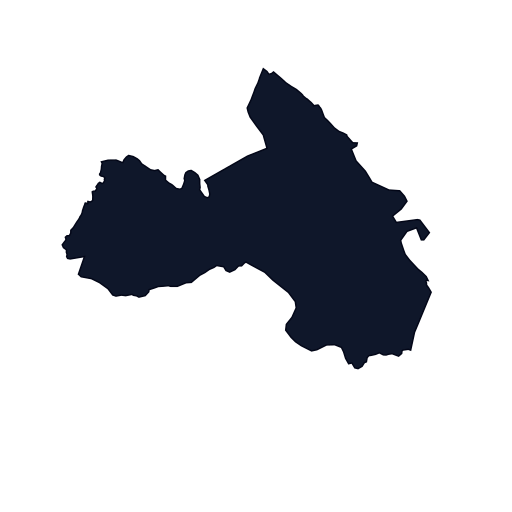 Rijau, Niger, Nigeria, rotated 325°
{"feature_id": "59680162B75618838886778", "entity_name": "Rijau", "entity_type": "district", "adm_level": 2, "iso_a3": "NGA", "parent_name": "Nigeria", "parent_adm1": "Niger", "projection": "robinson", "projection_center": [5.043, 11.05], "detail": "fine", "context": "isolated", "style": "filled", "palette": "ink", "viewbox_px": 512, "rotation_deg": 325, "n_neighbors": 0, "source": "geoboundaries", "source_scale": "gbopen_adm2", "svg_char_len": 4465}
<svg xmlns="http://www.w3.org/2000/svg" viewBox="0 0 512 512"><g transform="rotate(325 256 256)"><path d="M369.4,106.8L360.9,112.3L360.7,112.6L356.8,115.4L351.5,118.3L348.1,120.8L344.8,123.0L341.8,125.1L338.3,127.1L333.7,129.7L332.2,133.5L330.9,138.9L331.0,149.9L331.4,161.1L330.5,163.5L326.8,174.1L306.3,169.3L257.4,164.7L257.4,165.3L257.4,167.4L257.4,169.0L257.4,169.8L257.2,170.3L256.4,171.7L256.4,171.9L255.4,174.9L253.7,178.8L251.6,180.7L249.5,180.4L247.8,177.6L247.8,173.7L247.8,169.7L247.8,169.4L249.5,167.8L251.2,164.7L253.4,161.5L253.7,161.2L254.7,156.5L253.7,152.6L252.0,148.8L251.9,148.7L249.2,147.5L246.4,147.5L244.4,148.7L241.6,151.4L241.5,151.8L240.9,153.4L237.9,155.7L234.1,158.1L232.0,157.7L229.3,154.9L228.3,150.4L227.9,149.1L226.5,146.3L225.4,142.1L225.4,141.9L227.4,139.1L227.7,138.7L227.2,137.8L226.8,137.0L225.7,132.0L225.2,129.2L221.9,127.9L219.0,124.8L217.2,120.1L215.2,115.0L215.2,112.6L215.2,111.1L214.6,108.9L214.5,108.4L212.7,104.7L212.4,104.1L209.3,100.6L206.6,100.6L203.1,101.5L200.6,103.1L199.5,102.0L197.7,99.1L196.4,97.2L189.8,92.7L183.4,90.2L183.3,90.7L183.3,90.9L183.2,91.7L183.0,92.0L182.4,92.6L180.9,94.0L179.1,96.2L176.3,98.7L175.0,99.1L174.5,99.8L174.7,100.9L175.1,101.8L175.8,102.4L176.3,103.0L176.6,103.5L176.7,103.8L177.0,104.7L177.0,105.4L176.7,105.6L176.1,105.9L175.5,106.6L175.4,107.0L175.2,107.6L174.0,108.0L173.2,108.5L172.0,108.5L171.8,108.4L171.3,108.2L171.0,107.3L170.6,106.5L170.2,106.0L169.2,106.1L168.4,106.1L167.2,106.7L166.1,107.0L165.4,107.3L164.7,107.5L164.4,108.1L164.6,109.2L164.3,109.5L163.7,109.9L162.8,110.1L161.8,110.6L161.0,110.3L160.2,109.8L159.3,109.5L158.7,109.5L158.0,110.8L157.8,111.3L157.2,112.4L156.4,113.8L155.4,115.1L154.2,116.7L152.7,117.0L151.3,116.7L150.5,116.0L150.0,115.4L149.7,114.9L149.3,115.1L148.7,116.3L148.1,116.7L147.6,116.2L147.3,115.4L146.9,114.9L146.3,114.7L145.3,115.6L143.7,116.6L142.0,117.8L141.0,118.6L140.1,119.2L138.8,120.5L137.8,121.3L136.6,122.0L135.6,122.5L134.5,122.8L133.1,123.7L131.0,124.6L129.2,125.2L126.1,126.5L124.5,127.2L122.9,127.9L121.1,128.3L119.1,128.7L117.4,131.0L114.8,132.3L112.7,131.0L110.6,131.3L110.4,131.8L110.1,133.3L108.5,134.2L107.0,134.6L105.8,135.0L103.7,135.7L103.6,136.2L103.1,138.7L104.3,142.2L104.0,142.6L102.7,144.4L102.7,144.7L102.1,146.4L102.0,146.6L100.6,147.8L100.5,148.2L100.3,149.9L102.1,151.8L115.3,158.1L114.7,158.5L114.1,158.9L100.1,169.1L100.2,169.4L100.9,172.7L108.2,180.1L112.6,188.1L116.0,197.9L116.3,205.8L117.3,207.1L118.3,208.5L123.3,210.8L126.5,213.7L132.6,216.4L132.9,217.7L135.3,220.1L136.5,222.5L142.5,224.9L147.6,223.8L149.0,222.2L154.6,223.9L158.4,224.9L162.9,227.6L167.3,230.1L168.5,231.7L174.1,235.7L183.4,237.8L187.9,240.5L198.9,239.5L204.6,240.2L210.0,240.2L215.0,241.2L216.6,241.2L218.3,241.2L223.4,246.3L223.1,250.7L225.2,254.1L230.9,255.1L232.8,254.7L236.0,254.1L238.6,255.8L242.2,255.1L244.3,255.1L246.7,260.1L250.5,267.7L253.9,274.4L256.0,285.4L261.7,304.5L262.0,314.3L262.1,315.9L261.8,316.4L259.2,321.6L250.3,326.9L241.7,329.4L237.8,333.8L237.8,334.1L238.1,342.8L239.2,348.9L241.7,355.5L247.1,365.6L252.1,367.7L262.8,369.3L269.6,373.8L273.6,379.9L272.8,384.8L270.7,391.3L270.2,396.6L270.1,397.4L273.2,398.6L272.8,404.3L275.0,406.8L279.6,407.2L283.6,405.5L285.7,406.0L288.6,403.1L291.1,402.3L293.6,403.5L297.5,405.1L301.5,406.0L303.6,410.0L305.8,411.7L308.3,412.5L311.5,414.1L314.0,417.8L315.4,419.8L319.4,419.4L321.2,417.4L322.6,417.4L327.3,419.8L328.7,421.8L342.1,409.4L351.6,403.4L378.7,386.1L379.1,381.0L379.1,379.0L378.9,379.0L379.1,377.5L380.2,375.8L380.6,374.3L381.0,373.8L381.9,373.9L382.5,374.4L382.9,374.8L383.6,370.5L382.5,364.6L381.1,359.5L379.4,347.4L379.1,340.3L380.1,336.4L382.4,328.6L383.5,326.1L393.8,322.4L403.7,325.0L400.7,337.6L402.7,339.0L411.4,336.3L410.8,320.6L409.1,318.8L390.2,309.0L390.7,301.6L401.9,300.8L411.1,297.7L411.9,292.2L411.1,285.0L402.8,278.3L398.3,270.6L396.6,267.7L393.3,262.1L393.7,257.3L393.7,257.2L394.2,249.2L392.5,235.5L395.4,223.0L401.6,223.5L403.8,221.5L400.2,218.8L399.2,210.3L399.7,208.8L397.9,205.3L395.4,201.5L393.6,195.9L393.1,191.7L392.4,186.7L391.4,181.8L392.4,177.9L392.7,176.8L393.4,174.2L393.6,173.0L393.7,171.8L393.5,170.3L393.6,168.9L393.4,167.9L389.3,165.9L389.6,165.1L389.5,164.3L389.2,162.0L388.5,159.2L388.0,156.9L387.2,155.2L386.8,153.4L386.4,152.4L386.5,151.0L386.2,148.9L384.6,142.8L382.0,137.1L379.8,131.2L378.6,125.7L375.9,115.3L373.4,115.5L370.8,114.6L370.8,111.1L369.4,106.8Z" fill="#0f172a" stroke="#020617" stroke-width="1.5"/></g></svg>